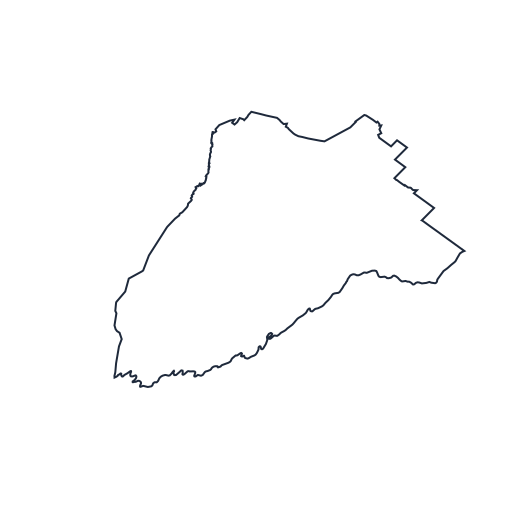 outline of Dunikas pag., Rucavas, Latvia, rotated 144°
{"feature_id": "27541924B90244884039067", "entity_name": "Dunikas pag.", "entity_type": "district", "adm_level": 2, "iso_a3": "LVA", "parent_name": "Latvia", "parent_adm1": "Rucavas", "projection": "natural_earth1", "projection_center": [21.341, 56.279], "detail": "fine", "context": "isolated", "style": "outline", "palette": "slate", "viewbox_px": 512, "rotation_deg": 144, "n_neighbors": 0, "source": "geoboundaries", "source_scale": "gbopen_adm2", "svg_char_len": 6076}
<svg xmlns="http://www.w3.org/2000/svg" viewBox="0 0 512 512"><g transform="rotate(144 256 256)"><path d="M78.6,290.3L78.7,293.2L80.1,293.2L81.4,297.5L84.3,304.9L85.5,306.4L96.5,306.4L96.5,305.8L104.1,304.6L133.2,308.5L136.1,311.3L144.7,320.4L148.7,325.2L151.3,328.0L153.0,331.2L153.7,333.2L154.9,339.4L154.9,341.0L155.9,343.1L153.2,344.9L156.1,346.5L156.9,350.2L157.0,352.2L157.8,355.4L165.2,363.7L168.3,367.5L175.0,375.4L179.1,374.6L181.4,373.6L185.7,372.8L185.9,374.1L188.1,377.2L192.6,375.3L196.1,375.0L197.0,377.8L193.3,379.0L197.6,380.9L208.7,383.5L214.3,382.3L214.9,380.2L216.7,380.2L217.9,380.5L218.1,380.7L217.9,381.4L217.9,381.6L218.2,381.8L218.4,381.8L219.1,380.9L219.2,380.2L220.0,380.3L220.2,380.1L221.3,378.6L223.0,377.0L224.2,375.8L224.3,375.3L225.6,374.0L225.1,373.7L225.0,373.1L225.4,372.5L225.8,372.3L225.7,371.8L226.5,371.0L226.9,370.3L228.0,370.2L229.4,369.7L229.5,369.5L229.5,369.1L230.6,368.2L231.0,367.0L231.3,366.6L231.7,366.3L232.6,366.0L233.8,365.0L234.0,364.5L234.4,364.0L234.4,363.5L237.1,361.5L238.1,360.2L239.3,359.1L239.0,358.6L239.1,358.3L240.1,358.1L240.6,357.2L241.5,356.5L241.0,356.2L241.3,355.4L243.0,354.5L243.6,354.0L243.6,353.9L243.4,353.7L244.6,352.8L245.2,351.6L246.0,351.1L248.9,350.5L249.5,350.2L249.2,349.9L249.2,349.7L249.7,349.0L250.3,348.7L250.7,348.0L251.2,347.8L251.8,347.0L252.4,346.8L252.8,346.4L254.1,345.6L255.2,345.2L255.5,345.3L255.4,345.8L255.7,345.9L257.0,345.5L258.9,345.6L258.6,346.0L258.8,346.2L258.1,346.6L258.0,346.8L258.9,347.4L259.0,347.6L259.7,347.2L259.5,346.8L261.3,346.3L261.5,346.5L262.0,346.5L262.3,346.8L262.4,347.1L263.5,347.1L264.2,347.2L264.2,346.9L264.6,346.7L264.5,345.9L265.2,345.6L265.9,345.1L268.4,344.8L269.8,344.0L269.7,343.3L270.1,342.9L271.4,343.1L272.5,342.7L272.7,341.6L272.9,341.4L274.4,341.2L274.8,341.0L274.8,339.5L275.1,339.1L276.4,338.7L280.1,338.3L281.6,336.8L283.0,336.1L289.9,334.7L292.8,335.0L294.2,334.0L299.5,333.8L310.5,331.8L311.7,331.4L342.3,319.4L355.8,310.6L357.4,310.6L372.2,312.5L382.7,304.1L396.0,300.9L396.7,300.4L402.1,294.3L402.6,291.7L411.3,283.0L412.6,279.3L412.6,276.9L411.5,274.1L413.5,267.7L420.0,263.4L432.2,251.5L438.2,244.6L441.0,242.2L441.9,240.8L439.8,240.4L438.3,240.4L437.4,240.8L436.2,240.5L435.0,240.6L434.5,240.5L434.3,240.3L434.2,240.0L435.0,239.0L435.3,237.6L435.1,237.1L434.4,236.8L432.3,237.1L428.9,236.7L425.6,236.7L425.1,236.6L424.8,236.4L424.9,236.1L425.1,235.7L426.0,235.3L427.5,233.9L427.9,233.2L428.0,232.5L427.8,232.0L426.6,231.1L423.7,230.3L423.4,229.9L423.5,229.0L424.3,228.1L425.1,227.6L427.2,227.0L429.5,227.0L429.9,226.5L429.8,226.2L428.5,225.7L427.2,224.9L424.8,224.4L424.1,223.9L423.5,222.8L423.3,222.0L423.5,221.1L424.0,220.4L425.2,219.8L426.0,219.2L426.4,218.8L426.5,218.2L426.1,218.0L423.7,217.3L423.1,216.7L420.6,213.7L420.1,213.4L417.3,212.1L416.0,212.2L414.1,213.4L412.8,213.5L412.2,213.4L410.6,212.2L410.2,212.2L408.6,212.5L406.1,213.9L404.0,214.3L401.9,214.1L399.5,213.2L398.8,212.6L397.1,210.6L395.9,210.1L393.6,210.5L391.1,211.3L389.9,211.4L389.9,211.1L390.2,210.7L391.7,210.2L392.0,210.0L391.8,208.8L391.9,208.2L392.1,208.0L391.7,207.3L390.5,206.7L385.8,207.1L384.1,207.4L383.4,207.2L382.8,206.4L383.5,205.1L385.0,203.6L385.0,203.2L384.8,202.8L383.5,202.5L379.2,202.9L378.6,202.7L378.0,202.3L377.4,201.5L374.4,199.5L373.5,198.5L373.4,197.8L374.0,197.0L376.3,195.5L376.6,194.9L376.3,194.4L375.5,194.0L373.6,194.0L372.9,193.9L370.9,191.5L370.2,191.3L368.9,191.1L366.2,192.0L365.2,192.2L364.1,192.0L362.8,191.4L360.0,190.7L358.9,190.8L358.2,191.2L356.9,191.5L355.3,191.4L353.7,190.8L352.2,189.7L352.0,189.2L352.3,188.9L352.2,188.2L349.7,187.4L348.4,187.7L347.5,187.7L340.9,185.8L338.9,185.7L338.1,185.9L336.3,186.9L335.3,187.2L331.0,187.5L330.6,187.3L330.2,186.9L329.8,186.8L329.4,186.6L325.6,186.5L324.9,186.2L324.7,185.4L325.5,184.7L326.7,184.0L326.9,183.7L326.4,182.9L325.5,182.5L324.5,182.5L324.3,182.3L324.4,181.9L324.8,180.2L324.6,179.7L323.3,178.1L322.7,177.8L321.8,177.6L319.2,177.4L315.8,176.5L314.4,176.4L312.4,177.0L310.5,178.0L308.9,178.9L307.7,180.4L307.3,180.7L306.6,180.8L306.1,180.8L305.6,180.3L305.6,179.8L306.4,177.9L306.3,177.4L305.9,177.0L304.7,176.9L299.7,179.0L296.5,181.2L295.9,181.9L294.8,184.0L294.1,184.4L291.4,185.4L289.9,185.2L289.2,185.0L288.9,184.6L288.7,183.5L288.9,183.3L290.7,182.6L291.7,182.5L292.6,182.7L293.8,182.3L294.4,181.8L294.1,181.3L293.2,180.7L292.2,180.6L288.4,181.0L287.7,180.7L286.0,179.1L285.6,178.9L283.2,178.9L281.5,179.2L280.6,179.2L277.0,178.7L275.2,178.7L273.3,179.0L266.9,179.1L264.9,179.5L261.5,180.4L259.3,180.9L257.8,180.9L253.0,180.4L249.4,180.6L248.6,180.8L245.7,182.1L244.2,182.3L243.6,182.1L243.4,181.8L244.1,180.0L244.2,179.5L244.1,179.2L243.4,178.4L242.9,178.1L239.8,178.4L238.9,178.3L236.6,177.3L232.4,176.5L230.5,176.5L227.3,177.3L223.4,177.8L219.3,178.9L217.3,179.7L216.4,179.9L215.7,179.9L214.3,179.5L211.0,177.8L209.5,177.7L205.1,179.2L202.2,180.5L199.4,181.3L198.1,182.0L197.1,182.2L195.5,183.3L191.6,184.7L191.0,184.8L189.2,184.5L188.1,184.1L187.5,183.6L186.8,182.9L185.8,181.2L184.3,180.1L182.3,179.6L178.5,179.2L177.6,178.6L176.3,177.3L170.8,175.9L168.5,174.4L167.5,173.1L167.7,171.6L168.6,168.0L168.5,166.9L168.0,166.1L167.5,165.6L164.1,163.7L163.5,162.7L163.1,161.9L163.0,161.1L161.8,160.1L159.7,159.2L158.9,159.1L156.8,159.4L155.7,158.9L154.6,157.0L154.0,154.8L153.8,152.7L153.4,150.9L152.9,149.7L152.4,149.3L149.7,147.9L148.5,146.2L147.1,145.1L146.2,143.1L145.8,140.8L145.5,140.5L144.9,140.2L144.4,140.1L142.5,140.3L140.8,139.8L139.6,138.7L137.9,136.3L134.0,134.1L131.0,133.1L129.9,131.4L127.1,128.7L126.0,128.5L125.2,128.7L124.6,129.0L123.2,130.3L121.9,130.8L113.1,133.6L108.4,133.6L103.4,134.1L99.3,134.3L97.8,134.5L96.0,135.3L93.9,136.3L89.5,138.2L86.6,138.1L84.5,137.6L98.6,180.6L100.7,187.1L100.9,187.4L83.7,190.2L91.4,213.9L87.1,214.6L90.1,217.0L90.4,218.0L90.6,219.9L90.9,220.5L92.7,222.0L93.9,225.9L94.5,225.7L96.6,231.9L97.3,234.5L97.8,235.0L98.3,237.6L83.0,240.1L86.9,252.3L70.1,255.0L73.9,266.7L82.3,265.3L86.8,279.2L86.0,282.2L82.5,281.7L81.7,285.9L77.9,288.0L79.6,289.0L78.6,290.3Z" fill="none" stroke="#1e293b" stroke-width="2"/></g></svg>